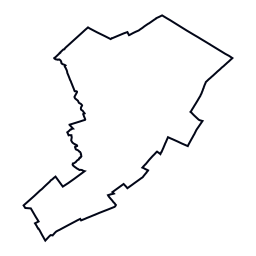 the district of Selaru, Dâmbovita, Romania
{"feature_id": "2599482B55350646463650", "entity_name": "Selaru", "entity_type": "district", "adm_level": 2, "iso_a3": "ROU", "parent_name": "Romania", "parent_adm1": "Dâmbovita", "projection": "robinson", "projection_center": [25.307, 44.47], "detail": "fine", "context": "isolated", "style": "outline", "palette": "ink", "viewbox_px": 256, "rotation_deg": 0, "n_neighbors": 0, "source": "geoboundaries", "source_scale": "gbopen_adm2", "svg_char_len": 5570}
<svg xmlns="http://www.w3.org/2000/svg" viewBox="0 0 256 256"><path d="M81.1,220.4L85.3,218.7L86.8,218.0L88.6,217.3L98.1,213.4L99.0,213.0L104.9,210.7L107.5,209.7L112.0,207.9L114.2,207.0L114.5,206.9L114.9,206.5L115.2,206.3L115.4,205.9L115.9,205.0L115.6,204.7L115.3,204.3L114.9,203.7L114.5,203.2L114.0,202.7L113.5,202.2L113.2,201.9L112.5,200.9L112.1,200.4L110.5,198.6L109.5,197.4L109.4,197.3L109.3,197.2L108.5,196.1L108.0,195.2L108.6,195.0L108.8,194.9L109.1,194.9L109.5,194.7L109.8,194.7L110.0,194.6L110.3,194.5L110.4,194.4L110.5,194.3L111.5,194.2L113.6,193.7L113.9,193.6L112.4,192.1L123.6,184.0L126.0,186.5L127.4,188.2L132.7,184.4L133.9,183.5L139.2,179.7L141.1,178.3L141.7,177.9L141.9,177.8L142.6,177.3L143.2,176.6L143.6,176.0L145.5,173.7L146.0,173.1L146.5,172.6L146.6,172.2L147.6,171.1L148.0,170.6L148.1,170.4L147.4,170.1L147.0,169.8L146.3,169.5L145.5,169.2L145.0,168.9L144.2,168.4L142.9,167.8L142.4,167.6L143.5,166.3L144.5,165.3L145.1,164.6L145.8,164.0L147.6,161.8L148.9,160.2L149.6,159.4L152.5,156.2L153.7,155.0L154.3,154.4L155.0,153.7L155.2,153.4L156.2,152.4L156.6,151.9L157.0,151.6L157.8,152.2L158.8,152.8L159.2,153.2L159.5,153.3L160.4,154.1L160.8,153.2L161.2,152.2L161.5,152.1L162.9,148.9L163.6,147.4L163.9,146.5L164.1,146.1L164.5,145.3L164.6,144.9L164.9,144.2L165.4,143.0L165.6,142.7L166.2,141.4L166.4,140.8L167.3,138.8L168.0,137.2L170.8,138.5L171.8,138.9L177.6,141.5L181.8,143.5L187.8,146.1L188.6,144.4L191.5,139.1L193.1,136.3L193.3,135.8L194.3,134.2L195.3,132.1L195.6,131.6L196.0,130.7L196.6,129.6L199.3,125.7L202.5,121.0L200.0,120.3L199.6,120.1L198.9,119.8L198.4,119.4L194.2,115.5L192.6,113.9L191.9,113.1L190.5,111.9L191.1,111.2L191.4,110.7L191.7,110.1L192.6,108.6L193.2,107.7L193.8,106.7L194.2,106.0L194.7,105.2L194.9,104.9L195.1,104.6L196.5,102.3L197.9,100.0L198.1,99.6L199.0,98.1L199.4,97.4L200.3,96.0L200.8,94.7L201.2,94.0L201.3,93.9L201.4,93.7L201.7,92.9L202.0,92.0L202.3,91.3L202.5,90.9L202.9,89.7L203.0,89.3L203.2,88.8L203.5,88.3L203.8,87.2L204.4,85.6L204.5,85.3L205.6,82.8L205.8,82.1L206.0,81.9L206.2,81.7L207.2,80.8L208.4,79.6L208.8,79.3L209.4,78.7L210.1,78.2L211.8,76.6L212.7,75.9L213.0,75.6L215.4,73.4L216.4,72.5L217.2,71.7L220.0,69.3L221.0,68.3L222.2,67.2L223.4,66.3L224.9,64.9L226.7,63.3L227.4,62.6L228.3,61.9L231.5,58.9L231.8,58.7L232.4,58.1L229.1,55.9L225.2,53.8L221.3,51.4L219.0,50.0L212.8,46.2L205.1,41.5L201.6,39.4L198.0,37.2L194.4,35.1L187.7,31.1L187.0,30.7L176.4,24.1L170.0,20.1L167.4,18.6L162.1,15.4L160.9,16.0L159.1,16.9L158.6,17.1L158.0,17.4L156.2,18.2L156.1,18.5L154.1,19.8L150.1,22.6L148.6,23.6L148.1,23.8L144.3,26.4L142.4,27.9L140.0,29.5L139.0,30.3L137.8,30.9L136.3,31.5L134.2,32.5L132.8,33.2L129.3,35.1L129.0,35.2L127.4,32.1L123.7,33.4L111.8,38.4L111.7,38.3L110.7,39.1L104.6,36.0L97.2,32.4L89.4,28.3L88.0,27.4L84.9,30.1L82.3,32.5L65.6,47.6L64.7,48.6L64.4,49.3L64.0,49.4L63.5,49.4L63.2,49.6L59.9,52.7L60.1,52.9L58.7,54.1L56.1,56.6L55.0,57.6L54.5,57.8L54.2,58.1L54.5,58.6L55.5,59.2L56.2,59.5L56.7,59.4L57.3,59.5L57.9,59.8L58.5,59.6L59.0,59.4L59.4,59.5L60.4,60.3L60.7,60.7L61.0,61.2L61.2,61.9L61.4,62.4L61.3,62.6L61.4,63.1L61.7,63.5L62.5,64.1L64.4,64.8L64.7,65.0L65.2,65.2L65.5,65.4L64.8,66.1L64.7,66.4L64.9,66.8L65.7,68.0L65.9,68.7L66.3,69.3L66.7,70.3L67.1,71.5L67.3,72.9L67.6,73.6L68.4,75.5L69.5,78.3L69.9,79.4L70.0,79.7L70.1,80.0L70.7,81.0L71.5,83.2L72.1,84.5L72.2,84.9L73.9,89.1L74.4,90.6L74.7,91.2L76.1,91.2L76.7,91.4L77.0,91.7L77.0,91.9L76.9,92.4L74.8,96.2L74.5,96.7L74.5,97.1L74.8,97.9L75.4,98.7L77.9,100.7L78.5,102.0L78.9,102.8L79.5,103.2L80.4,103.6L81.1,104.1L82.1,105.3L82.1,105.5L81.4,106.8L81.1,107.2L81.0,107.7L80.9,108.2L80.9,108.7L81.0,109.4L81.4,109.9L82.7,110.8L83.8,112.4L84.5,113.2L84.6,113.4L84.0,113.6L83.6,113.8L83.2,114.1L83.9,116.0L84.0,116.4L84.3,117.0L84.8,118.3L85.2,119.3L85.2,119.6L85.0,119.9L82.9,120.5L79.9,121.5L78.3,122.0L77.9,122.1L76.7,122.5L69.5,124.7L69.5,124.8L73.0,128.6L72.3,128.7L71.0,129.5L70.6,129.4L69.8,130.1L69.6,130.4L69.4,130.6L67.6,132.1L67.3,132.3L67.5,132.7L67.8,133.4L68.6,135.3L69.2,135.1L70.0,135.1L70.4,135.2L70.8,135.4L71.1,135.3L71.2,135.2L71.4,135.2L71.5,136.1L71.7,137.0L71.7,137.6L71.6,138.2L71.5,138.6L71.2,140.4L71.8,141.6L72.4,142.5L73.2,143.2L73.9,143.7L74.6,144.0L74.8,144.3L75.1,144.3L75.9,144.7L76.7,145.1L77.1,145.5L77.1,146.0L76.8,146.1L76.1,146.5L75.2,146.8L75.0,147.0L75.2,147.7L75.5,148.4L75.7,149.1L76.2,149.6L76.9,149.8L77.8,150.2L78.7,150.8L79.0,151.3L79.4,151.7L80.1,152.0L80.5,152.7L80.9,153.6L80.8,154.2L80.9,154.4L81.1,154.6L81.2,155.8L81.4,156.2L81.2,156.6L81.1,156.8L80.7,156.9L80.2,157.3L80.4,157.6L80.3,157.8L79.5,158.1L79.2,158.3L78.9,158.8L78.9,159.3L78.8,159.5L78.6,159.6L77.7,160.0L77.3,160.3L76.0,161.7L75.9,162.0L75.4,162.3L74.5,162.9L73.6,163.4L73.2,163.5L72.9,163.5L72.9,164.0L72.6,164.4L72.7,164.9L72.9,165.3L73.4,165.8L74.6,166.8L76.2,167.9L76.5,168.2L76.6,168.3L77.8,168.9L79.5,170.0L80.0,169.9L81.1,169.9L82.1,170.1L83.5,170.9L84.6,171.2L74.0,179.0L68.2,183.1L62.8,186.6L57.9,179.9L55.5,176.6L53.7,178.0L52.5,179.2L51.9,179.6L50.7,180.4L50.0,181.4L46.1,185.0L44.1,186.9L42.5,188.5L41.5,189.4L40.2,190.4L34.1,196.1L23.6,205.4L25.3,208.0L30.8,208.4L31.7,209.9L35.7,216.8L36.9,218.7L38.6,221.5L35.0,223.3L36.9,226.3L37.0,226.7L37.3,227.1L37.4,227.4L37.7,227.8L38.2,228.7L38.5,228.6L39.6,230.3L42.2,235.2L43.2,236.9L44.4,239.1L45.3,240.6L47.9,237.8L48.2,237.5L48.9,236.7L50.4,235.3L50.6,235.1L50.9,235.1L51.5,235.2L52.6,235.4L52.7,235.2L53.6,234.3L54.6,233.1L55.7,232.0L56.1,231.6L57.3,230.9L60.0,229.6L61.0,229.0L61.3,228.9L61.6,228.7L68.9,224.8L75.9,221.1L77.0,220.5L80.2,218.9L81.1,220.4Z" fill="none" stroke="#020617" stroke-width="2"/></svg>